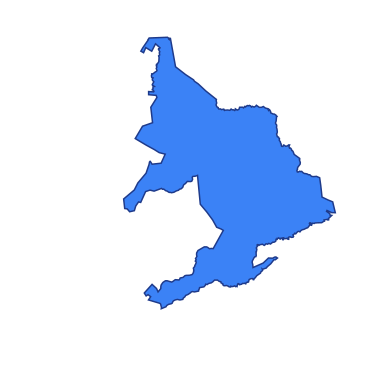 outline of Seke, Mashonaland East, Zimbabwe, rotated 127°
{"feature_id": "62879985B71906244719276", "entity_name": "Seke", "entity_type": "district", "adm_level": 2, "iso_a3": "ZWE", "parent_name": "Zimbabwe", "parent_adm1": "Mashonaland East", "projection": "mercator", "projection_center": [31.007, -18.303], "detail": "fine", "context": "isolated", "style": "filled", "palette": "blue", "viewbox_px": 384, "rotation_deg": 127, "n_neighbors": 0, "source": "geoboundaries", "source_scale": "gbopen_adm2", "svg_char_len": 5969}
<svg xmlns="http://www.w3.org/2000/svg" viewBox="0 0 384 384"><g transform="rotate(127 192 192)"><path d="M101.5,258.2L102.1,267.9L101.9,280.5L82.3,301.7L82.7,302.4L83.9,301.8L83.9,302.6L83.6,303.0L83.2,303.0L83.2,304.7L94.8,318.9L96.8,318.8L96.8,318.5L106.5,318.1L110.3,317.6L109.9,314.5L104.5,315.8L103.8,308.9L95.6,310.3L96.1,304.3L97.2,304.3L97.7,304.9L98.2,304.7L99.4,302.1L100.5,301.9L102.0,300.3L103.4,300.6L104.2,299.4L107.8,297.0L109.4,296.8L110.5,297.0L110.9,296.7L111.5,297.1L111.9,296.4L112.7,296.5L113.3,295.3L114.9,294.9L116.0,293.1L116.9,293.0L119.2,293.9L120.5,294.1L121.2,294.5L121.9,295.3L122.1,295.2L122.5,294.6L123.2,294.6L124.5,293.5L124.8,292.8L124.3,291.8L125.9,291.5L126.4,291.1L127.0,288.8L130.1,288.4L130.7,287.6L130.3,287.0L130.4,285.6L131.2,286.4L131.9,286.2L132.9,285.3L133.7,285.5L134.3,285.3L134.1,284.1L134.5,283.0L135.1,282.9L137.9,287.1L140.4,285.2L136.4,278.8L137.6,276.9L149.1,275.9L160.4,265.2L169.2,271.1L183.5,269.5L182.1,256.6L180.8,247.7L180.3,241.9L177.9,236.2L187.6,234.0L193.8,240.6L192.7,243.6L192.7,243.9L193.6,244.0L195.8,242.9L204.6,240.0L217.3,240.7L225.1,239.3L238.7,242.4L245.7,235.8L244.5,233.6L245.3,229.9L241.6,226.8L237.0,228.5L232.1,228.7L231.2,226.7L219.6,229.3L215.8,226.7L214.1,222.8L207.5,218.5L207.6,217.3L206.7,216.3L206.8,213.8L206.3,212.6L206.1,210.1L205.4,209.2L204.9,207.9L203.1,206.3L200.4,205.1L198.7,203.8L197.4,203.7L196.0,202.6L193.9,202.2L191.6,202.9L190.8,202.9L189.2,202.3L186.4,202.1L184.6,199.5L183.6,198.7L181.6,199.1L180.1,200.7L179.1,200.7L177.4,198.9L175.4,197.6L196.8,178.0L199.1,168.1L201.9,158.7L205.3,151.1L204.1,146.6L203.8,143.9L224.5,141.0L225.3,142.4L226.8,144.0L226.8,146.3L227.1,147.4L228.5,149.2L235.1,152.0L237.9,151.6L239.5,150.5L240.5,149.3L243.1,149.1L243.6,147.9L245.2,147.8L245.3,146.6L245.8,146.2L247.9,145.6L248.8,145.6L249.9,145.0L252.0,145.1L253.4,143.4L254.2,143.2L254.6,142.7L256.5,142.2L258.0,142.3L260.1,144.0L262.0,146.4L263.1,147.3L265.5,147.7L267.8,149.7L269.4,149.3L270.1,149.5L272.1,152.6L275.1,153.5L276.2,154.1L277.8,158.3L278.7,159.6L279.6,160.1L281.8,160.8L284.6,160.7L285.9,160.2L288.0,158.8L292.2,159.0L290.4,162.3L289.8,168.3L301.1,169.3L301.4,169.3L302.6,166.1L300.4,165.3L300.5,162.0L304.4,161.8L300.3,150.8L300.3,149.8L302.5,147.0L303.7,146.3L299.3,143.7L297.9,143.9L295.8,143.1L293.7,141.3L292.7,140.9L291.2,141.3L290.0,141.3L288.1,140.3L286.6,139.0L285.5,136.7L283.3,134.7L281.9,135.1L280.0,134.6L278.4,134.8L276.2,133.5L273.2,132.5L272.1,132.4L271.3,131.8L270.3,129.9L267.2,127.1L266.8,127.2L266.2,127.8L265.2,127.8L263.8,128.4L260.6,125.4L258.5,125.2L257.4,125.6L256.8,124.2L255.1,123.7L252.9,121.9L251.1,121.3L248.8,121.0L247.0,118.6L247.0,116.4L246.3,115.0L247.1,114.1L246.9,113.5L247.1,112.5L246.8,112.2L247.7,111.0L247.6,110.0L246.8,109.0L246.1,108.5L245.5,106.9L245.4,105.3L244.8,104.2L243.8,104.3L243.7,103.3L242.3,102.0L241.4,101.6L241.3,100.2L240.7,100.1L240.5,99.1L238.1,100.1L237.4,100.0L237.1,99.3L237.5,98.7L237.5,98.3L235.8,96.9L234.6,96.6L233.9,95.6L233.3,95.2L233.0,93.8L231.6,94.2L230.5,93.1L229.8,93.2L229.7,92.8L227.5,93.7L225.8,92.8L224.8,91.7L224.7,91.2L225.2,90.4L224.9,89.9L223.5,90.2L222.6,89.9L219.8,89.9L215.6,88.5L214.2,88.9L212.9,88.5L211.9,88.5L211.3,89.4L211.3,89.2L208.0,86.9L206.3,86.9L201.9,85.9L196.9,85.8L196.0,84.7L193.3,84.0L193.4,85.9L194.4,86.9L196.3,87.7L198.7,91.2L205.9,92.4L215.6,97.8L213.2,100.0L212.0,101.6L210.7,102.3L207.1,102.9L205.9,102.8L205.2,102.1L204.2,102.4L201.3,104.8L201.1,104.6L198.6,105.8L198.6,106.2L197.9,107.0L195.7,107.2L195.2,108.1L194.9,108.1L195.0,107.8L194.1,107.1L194.3,106.4L193.2,106.0L191.3,104.3L191.2,102.2L190.4,101.9L188.8,101.7L188.1,100.1L187.2,100.0L186.8,99.7L186.3,98.0L183.5,97.3L182.8,96.3L181.3,95.6L180.6,95.6L179.2,96.4L178.6,95.5L177.8,96.1L177.2,95.3L176.4,95.1L176.6,93.5L176.4,93.1L175.3,93.2L174.8,92.3L174.4,92.2L173.8,91.6L174.8,91.6L175.5,91.1L175.4,90.5L174.0,90.5L172.3,88.5L171.8,88.3L172.0,87.0L171.6,86.3L171.2,86.4L171.0,87.2L170.2,87.6L169.3,87.3L169.0,86.6L168.6,86.4L168.4,85.3L167.3,84.1L166.4,84.1L165.9,85.0L165.4,85.2L165.4,85.5L164.3,85.1L163.1,85.1L163.0,84.0L160.1,83.8L159.1,83.0L158.9,81.8L157.2,81.8L155.6,81.1L154.6,80.2L151.7,78.7L151.0,78.1L147.7,78.0L146.9,78.5L146.4,79.4L145.8,79.4L145.4,79.0L145.4,78.6L146.9,77.1L146.6,76.5L144.6,77.2L143.5,75.4L142.8,75.2L141.2,73.4L138.4,69.9L136.0,69.1L135.6,68.7L134.8,69.7L132.3,67.3L132.6,66.6L132.0,66.1L130.8,67.0L126.6,66.3L127.4,67.8L126.4,68.8L126.5,72.9L125.5,73.1L124.4,68.0L122.3,65.1L115.2,73.7L116.5,78.6L117.8,85.1L109.1,93.3L103.8,98.6L104.6,102.0L106.5,104.1L107.6,105.9L107.3,108.2L108.2,109.6L108.2,110.6L108.8,112.1L109.6,113.4L109.8,115.0L109.5,116.8L110.4,117.6L110.5,118.4L112.3,119.3L112.6,120.0L111.6,121.3L110.6,121.3L109.5,122.1L108.4,122.4L104.7,122.4L103.2,123.3L101.6,125.7L100.8,125.7L100.4,126.2L100.5,133.0L98.9,135.6L98.6,136.5L98.8,137.3L98.0,138.3L97.6,139.8L98.3,140.5L97.3,141.9L95.7,142.4L96.3,143.2L97.7,143.5L99.1,144.7L99.2,146.9L99.4,147.2L100.8,146.8L101.5,147.7L101.4,148.3L99.9,149.9L99.7,150.6L98.8,151.6L98.2,153.4L96.6,154.4L96.6,155.3L96.1,156.0L96.5,157.1L94.8,159.3L94.6,159.5L93.7,159.5L92.6,160.1L90.5,162.1L89.8,163.2L88.0,164.3L87.4,165.0L87.2,166.1L86.6,166.9L84.7,167.5L81.3,169.6L80.4,169.6L80.5,170.5L80.1,171.1L80.2,173.1L80.9,174.2L81.4,176.8L80.4,177.7L79.6,179.6L80.8,179.8L80.2,181.1L79.7,181.3L80.8,183.9L80.8,186.5L82.6,187.5L83.9,189.2L84.0,192.8L85.2,192.8L86.8,193.5L87.3,195.4L88.4,195.7L88.0,197.1L88.3,198.3L89.0,198.6L89.7,199.9L91.9,200.5L91.8,201.3L93.8,201.5L93.8,202.6L95.7,205.0L97.1,204.4L98.0,204.4L99.4,205.2L99.5,207.4L100.5,206.9L101.2,206.9L101.4,208.3L102.2,209.4L102.2,210.7L104.0,210.9L105.0,212.8L106.8,214.9L107.3,215.1L107.3,215.6L106.7,216.2L106.7,216.5L108.5,218.1L108.5,219.2L109.6,220.6L109.4,221.4L108.8,221.9L109.0,223.4L108.1,225.0L107.4,225.5L106.1,225.8L104.5,227.7L103.4,228.2L103.0,241.8L101.9,252.3L102.1,256.7L101.5,258.2Z" fill="#3b82f6" stroke="#1e3a8a" stroke-width="1.5"/></g></svg>